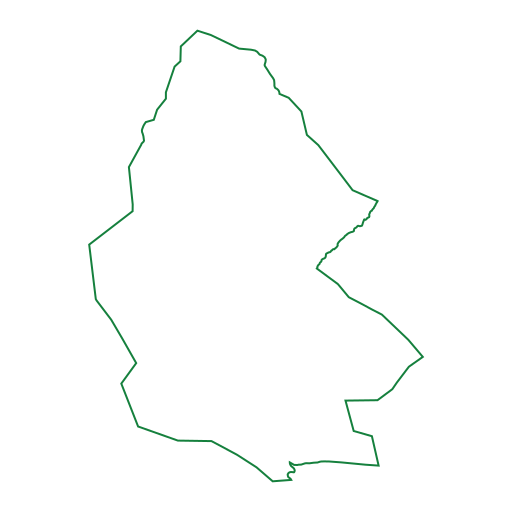 Zag, Bayanhongor, Mongolia
{"feature_id": "93677404B97926170794637", "entity_name": "Zag", "entity_type": "district", "adm_level": 2, "iso_a3": "MNG", "parent_name": "Mongolia", "parent_adm1": "Bayanhongor", "projection": "albers", "projection_center": [99.297, 46.924], "detail": "fine", "context": "isolated", "style": "outline", "palette": "green", "viewbox_px": 512, "rotation_deg": 0, "n_neighbors": 0, "source": "geoboundaries", "source_scale": "gbopen_adm2", "svg_char_len": 3221}
<svg xmlns="http://www.w3.org/2000/svg" viewBox="0 0 512 512"><path d="M341.4,462.4L365.5,464.7L378.6,465.6L371.9,436.2L353.7,431.0L345.5,400.6L377.5,400.2L392.3,389.2L396.9,382.5L408.9,366.7L422.8,356.9L408.3,339.8L381.9,314.6L372.0,309.5L360.9,303.5L348.8,297.2L337.9,284.1L316.8,268.5L317.4,267.5L317.4,266.7L317.5,266.3L317.9,265.8L318.1,265.3L318.7,264.7L319.4,264.2L319.7,263.3L319.9,262.8L320.1,262.5L320.7,262.1L321.1,261.7L321.4,261.2L321.6,260.0L322.0,259.5L322.6,259.1L323.4,258.7L324.5,258.3L325.3,257.6L325.5,257.1L325.7,256.7L325.8,256.0L325.9,255.1L326.0,254.1L326.4,253.6L326.9,253.3L327.7,253.0L328.0,252.7L328.5,252.5L329.0,252.3L329.8,252.2L330.2,252.0L330.6,251.7L330.9,251.2L331.5,250.5L332.1,250.3L332.5,249.7L333.0,249.3L333.6,249.1L334.4,249.2L334.8,248.7L335.5,248.1L336.3,247.5L337.2,246.4L337.7,245.6L337.6,245.0L337.6,244.3L337.7,243.7L338.5,242.4L339.1,241.7L340.0,240.7L341.2,239.6L342.4,238.8L343.3,238.0L344.1,237.3L344.8,236.2L345.4,235.6L346.5,234.9L347.2,234.1L348.9,233.0L350.4,232.4L351.2,232.1L352.2,231.9L353.2,231.5L353.8,231.1L354.0,230.3L354.1,229.3L354.4,228.7L354.7,228.3L355.4,228.0L355.8,227.8L356.2,227.5L356.7,227.1L357.1,226.5L357.7,226.0L358.1,225.8L358.6,225.9L359.3,226.1L359.9,226.2L360.6,226.1L361.3,225.9L362.0,225.6L362.2,225.1L362.4,224.6L362.7,223.6L362.9,222.8L363.2,222.1L363.4,221.3L363.8,220.7L364.0,219.9L364.2,219.5L364.5,219.4L365.1,219.7L365.5,219.8L366.0,219.5L366.6,219.0L366.9,218.5L367.3,218.0L367.8,217.7L368.3,217.6L368.6,217.4L369.1,217.1L369.3,216.6L369.4,216.1L369.3,215.5L369.2,214.4L369.6,213.5L370.0,212.6L370.2,211.9L370.6,211.5L370.9,211.2L371.5,210.7L371.9,210.6L372.1,210.1L372.6,209.3L373.1,208.8L373.7,208.3L374.0,207.4L374.4,206.8L374.7,206.3L375.2,205.7L375.4,205.2L375.6,204.5L376.2,203.6L376.5,202.9L376.8,202.4L377.1,202.1L377.4,201.5L377.6,201.1L377.2,200.9L363.8,195.1L352.6,190.2L342.6,177.0L318.3,145.1L306.9,134.9L301.4,111.5L288.7,97.8L279.5,93.9L279.3,92.2L278.8,90.9L278.3,90.1L276.9,88.8L275.4,88.1L274.8,87.1L274.4,85.8L274.4,83.5L274.3,82.0L274.1,80.1L273.1,78.2L269.9,73.8L267.5,69.9L264.9,66.0L264.6,65.0L265.0,63.5L265.5,62.0L265.7,60.4L265.7,59.3L264.6,57.2L262.5,55.7L259.6,54.6L257.2,51.8L255.0,50.5L251.0,49.7L239.1,48.6L210.8,35.0L197.4,30.7L180.8,46.4L180.4,61.3L174.6,66.6L165.9,92.3L165.9,98.7L157.1,109.7L153.8,119.8L145.8,122.1L144.2,124.5L143.4,126.0L142.7,127.8L142.1,129.4L141.9,130.7L142.1,132.2L142.6,133.4L143.4,136.2L143.8,139.2L144.0,140.6L143.6,141.6L142.6,142.6L141.6,143.6L141.2,144.8L140.3,146.4L128.9,167.1L132.7,204.4L132.6,211.2L89.2,244.6L95.8,299.1L96.6,300.5L111.2,319.7L122.3,338.6L136.2,363.1L121.3,383.6L138.1,426.5L177.9,440.6L211.5,441.1L236.9,454.7L256.5,467.3L272.7,481.3L291.2,479.9L290.7,479.0L289.8,478.2L289.1,477.7L288.1,476.8L287.8,475.5L287.7,474.3L288.6,472.9L289.6,472.3L290.9,472.0L292.4,472.1L293.5,472.3L294.1,472.2L294.5,471.5L294.7,470.5L294.5,469.6L293.9,468.4L292.7,467.3L291.2,466.1L290.2,464.5L289.8,463.0L289.8,462.4L294.1,464.9L297.3,465.0L298.6,464.7L301.2,464.6L303.9,463.7L305.2,463.3L306.5,463.2L309.5,463.3L311.5,463.0L313.8,462.7L317.5,462.5L320.0,461.7L321.4,461.5L324.3,461.4L329.3,461.5L341.4,462.4Z" fill="none" stroke="#15803d" stroke-width="2"/></svg>